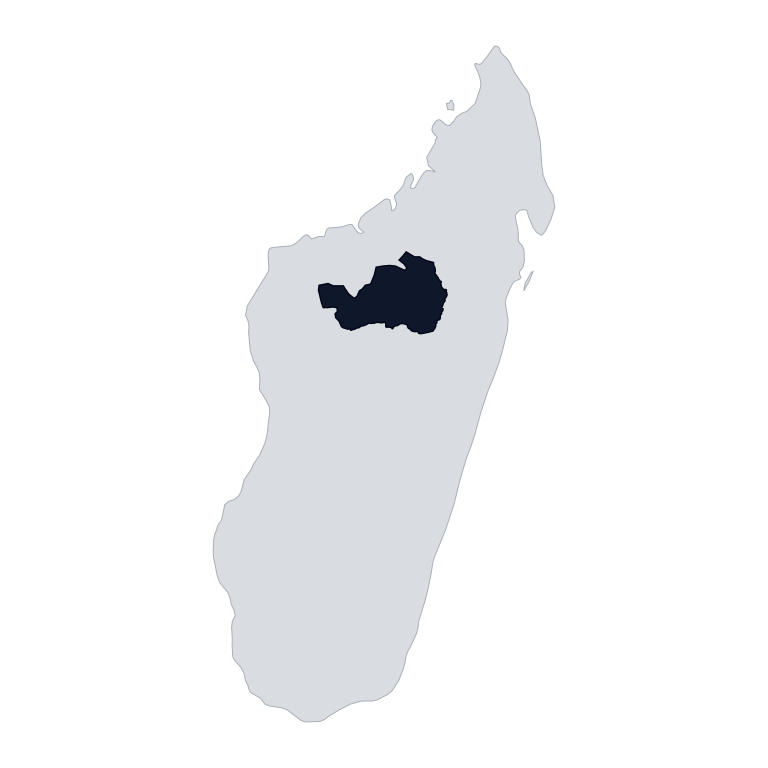 location of Betsiboka within Madagascar
{"feature_id": "MDG-5869", "entity_name": "Betsiboka", "entity_type": "Autonomous Province", "adm_level": 1, "iso_a3": "MDG", "parent_name": "Madagascar", "parent_adm1": "", "projection": "mercator", "projection_center": [47.384, -17.125], "detail": "fine", "context": "in_parent", "style": "filled", "palette": "ink", "viewbox_px": 768, "rotation_deg": 0, "n_neighbors": 0, "source": "natural_earth", "source_scale": "10m", "svg_char_len": 6870}
<svg xmlns="http://www.w3.org/2000/svg" viewBox="0 0 768 768"><path d="M510.2,63.1L512.3,68.2L514.9,73.1L522.8,84.8L526.2,89.4L529.0,94.2L530.4,103.8L535.5,118.7L540.2,141.2L541.7,164.4L543.1,175.0L546.8,185.0L552.9,195.4L554.8,207.0L551.1,219.0L545.8,230.2L544.4,232.3L541.9,235.2L540.7,235.1L536.5,232.2L533.0,227.4L528.5,216.2L526.9,210.6L525.1,209.7L519.9,210.2L516.1,213.7L515.4,215.9L516.2,222.2L517.7,227.9L518.3,233.7L518.4,241.0L519.8,243.2L521.9,245.0L524.0,249.8L524.4,261.2L523.1,266.9L519.4,271.8L519.6,274.6L521.0,277.4L519.7,279.1L514.8,281.2L512.9,283.1L510.2,288.1L506.0,298.4L505.4,303.7L508.1,319.7L507.3,331.0L501.9,352.8L498.7,363.2L494.3,375.6L487.6,391.9L480.8,412.5L475.1,433.7L470.9,446.5L466.1,459.1L459.6,481.5L454.0,504.3L445.7,529.4L434.3,557.5L433.1,561.2L430.7,575.6L428.2,588.1L425.1,600.6L418.7,621.2L418.0,627.5L416.5,633.6L410.4,646.6L407.8,651.4L405.9,656.6L404.9,663.1L403.1,669.4L398.5,681.0L391.8,691.0L387.2,694.6L377.3,699.9L372.3,701.0L361.2,701.1L350.4,704.1L339.1,709.9L328.3,716.6L324.2,719.7L319.6,721.5L305.3,721.9L301.0,720.5L286.7,709.5L281.2,707.7L270.7,706.2L267.5,705.3L264.7,703.9L260.4,698.2L252.0,693.4L250.0,691.9L248.7,688.5L247.8,685.0L245.6,681.0L244.0,673.4L241.3,668.1L233.5,658.7L232.7,655.7L232.1,645.8L232.3,639.1L231.6,626.8L232.5,621.0L235.2,615.8L234.1,610.2L231.2,604.3L230.1,598.2L228.0,592.7L219.8,582.7L217.9,577.8L216.6,572.8L213.5,557.0L213.2,551.5L213.6,539.9L214.8,534.0L216.7,529.8L217.2,526.7L218.5,524.1L220.4,521.9L221.7,519.4L224.8,504.6L228.6,501.4L234.3,499.5L238.9,495.7L241.5,490.5L244.1,479.8L251.3,469.2L253.8,463.6L259.6,455.2L264.8,443.4L266.3,437.9L267.4,432.2L268.7,419.7L269.7,413.5L269.5,407.4L266.6,401.1L259.6,389.7L259.4,387.6L259.9,379.1L259.3,373.0L256.8,366.9L253.5,361.1L250.2,350.4L248.6,332.7L249.0,326.4L248.0,320.7L245.6,315.3L247.3,305.9L268.2,271.8L268.9,267.8L268.1,257.4L268.5,251.4L269.2,249.2L270.8,247.9L274.4,247.3L291.3,245.8L293.5,244.7L297.7,241.9L303.5,236.3L306.1,234.8L308.4,235.3L309.9,237.7L311.8,239.0L318.6,236.5L321.2,236.4L323.9,236.8L325.1,234.5L325.9,231.4L326.9,229.3L328.7,228.0L337.5,227.4L343.1,226.5L350.3,224.3L351.9,224.7L357.7,232.5L359.5,233.2L361.8,233.5L363.7,232.1L359.0,228.0L358.3,225.7L358.5,223.1L361.1,217.5L365.3,213.3L374.8,206.8L384.6,199.4L387.4,198.9L389.8,200.0L391.7,208.8L391.4,210.3L393.0,210.5L394.8,209.4L396.5,205.8L396.5,202.9L395.2,200.1L394.6,197.7L394.5,195.5L399.5,190.3L403.4,185.3L405.2,179.4L406.8,176.7L410.9,173.6L412.1,174.1L413.1,176.6L413.6,179.2L412.6,181.9L411.1,184.5L410.4,187.9L412.8,188.6L415.0,187.7L418.2,181.5L421.8,175.6L424.0,172.5L426.7,170.4L431.3,170.8L435.7,172.1L428.5,165.9L426.7,157.3L435.3,142.6L435.4,139.5L436.6,138.5L437.2,137.4L432.8,132.4L431.9,129.9L432.5,126.2L434.6,122.8L436.6,120.5L439.3,119.6L441.5,120.9L446.3,125.0L449.5,125.6L453.4,121.7L456.6,116.8L461.4,113.4L466.8,111.4L475.1,103.6L480.5,87.5L480.9,82.9L479.7,77.2L477.8,71.8L474.6,65.0L475.4,63.5L480.0,64.4L481.5,63.5L486.4,57.5L494.5,46.1L497.2,46.1L499.5,48.2L500.3,51.4L501.9,53.7L507.4,59.1L510.2,63.1ZM453.6,108.3L453.7,110.1L447.5,109.4L446.5,103.3L449.5,103.1L450.2,100.6L452.0,100.3L454.0,105.7L453.6,108.3ZM529.0,281.7L523.7,290.8L525.2,283.2L531.3,272.3L533.1,271.5L529.0,281.7Z" fill="#d9dde1" stroke="#a8b0b8" stroke-width="1"/><path d="M392.3,328.7L391.7,328.0L391.3,327.6L390.3,327.3L388.9,327.1L386.4,327.1L385.9,326.9L385.7,326.4L385.9,325.4L385.9,324.9L385.8,324.3L385.3,322.7L385.0,322.3L384.6,322.3L384.1,322.3L383.6,322.3L382.8,322.7L382.2,322.8L380.2,322.7L378.5,322.4L377.5,322.3L376.8,322.4L373.9,323.2L370.8,323.4L370.1,323.3L369.4,323.1L368.9,322.9L368.6,323.0L367.9,323.7L367.0,324.2L366.2,324.7L365.8,324.9L364.9,325.1L364.4,325.3L364.0,325.5L363.4,325.8L362.6,325.9L361.2,326.1L360.5,326.3L360.1,326.7L359.9,327.1L359.6,327.4L359.1,327.6L357.8,327.9L356.8,328.1L356.2,328.3L354.7,329.2L354.2,329.4L353.7,329.4L353.1,329.4L352.6,329.6L352.1,329.9L351.2,330.2L350.6,330.2L350.3,329.9L350.2,328.9L350.0,328.5L349.6,328.5L348.6,329.0L347.9,329.1L347.3,329.1L346.8,328.9L346.2,328.6L345.6,328.4L343.8,328.0L343.2,327.8L342.9,327.5L342.4,327.0L342.0,326.8L341.5,326.7L339.2,321.3L335.7,317.6L335.1,313.8L337.5,311.4L336.9,307.6L332.7,307.0L327.4,307.6L323.2,307.6L321.5,302.7L318.5,290.3L319.1,285.3L328.0,283.5L333.3,285.9L343.4,285.9L345.2,289.0L348.7,294.0L354.0,298.3L357.0,296.5L359.4,290.9L362.3,289.0L365.3,285.3L370.6,284.1L374.2,275.4L376.2,267.2L382.5,266.1L389.6,265.5L395.5,266.1L400.8,268.6L405.0,270.5L406.8,268.0L404.4,264.3L399.1,260.0L402.6,256.3L406.2,251.9L410.3,254.4L414.5,256.9L419.8,256.9L422.2,258.7L426.3,260.6L433.5,262.5L433.5,263.5L433.9,265.8L434.0,266.0L434.7,267.3L434.9,267.8L435.0,268.3L435.2,269.6L435.3,271.4L435.2,271.7L435.0,272.1L434.9,272.5L434.8,272.9L435.0,273.4L435.2,274.0L435.5,274.4L436.2,275.0L436.5,275.4L436.6,275.6L436.8,275.8L436.9,276.0L437.1,276.5L437.3,276.9L437.5,277.1L437.9,277.4L438.1,277.6L438.2,277.8L438.3,278.1L438.4,279.0L438.6,279.2L438.8,279.4L439.0,279.6L439.3,279.9L439.5,280.1L439.7,280.6L439.8,280.8L440.0,280.9L440.2,281.1L440.5,281.2L440.9,281.4L441.1,281.5L441.2,281.8L441.2,282.3L440.7,283.9L440.7,284.1L440.9,284.4L441.1,284.7L441.2,285.1L441.3,286.4L441.3,286.6L442.4,288.1L443.0,288.8L443.8,289.4L444.1,289.5L444.4,289.5L444.7,289.6L445.3,289.5L445.9,289.6L446.1,289.7L446.3,290.0L446.4,290.4L446.3,291.3L446.3,291.7L446.4,292.1L446.6,292.4L446.7,292.7L446.7,293.4L446.8,293.8L446.9,294.1L447.0,294.3L447.1,294.6L447.0,295.1L446.8,295.8L445.8,297.6L445.5,298.0L445.1,298.3L445.0,298.6L444.9,298.9L444.9,299.4L445.1,300.2L445.0,300.6L444.8,301.1L444.2,302.0L443.9,302.5L443.4,302.9L443.3,303.2L443.1,303.6L442.7,305.7L442.5,306.1L442.2,306.4L441.6,306.9L441.5,307.2L441.4,307.5L441.5,308.0L441.9,308.4L442.8,308.5L443.0,308.6L443.0,308.9L443.0,309.2L442.9,309.7L442.9,310.3L442.9,310.6L442.6,310.9L442.1,311.3L441.9,311.5L441.7,311.8L441.6,312.5L441.6,313.6L441.5,313.9L441.3,314.1L440.8,314.3L440.6,314.5L440.5,315.3L440.3,317.1L440.1,318.6L440.0,319.0L439.8,319.3L439.2,319.8L438.9,319.9L438.5,320.0L438.3,319.9L438.0,320.0L437.7,320.0L437.4,320.2L437.3,320.3L437.1,320.5L437.0,320.9L436.9,321.5L436.9,322.3L436.9,322.6L436.8,323.0L436.4,323.4L435.9,323.9L435.7,324.2L435.6,324.5L435.6,325.1L435.7,325.5L435.8,326.1L435.6,326.6L434.4,329.0L432.8,331.1L430.2,331.7L428.8,332.2L422.0,333.5L420.2,333.6L419.0,333.5L418.6,333.1L418.0,332.1L417.7,331.7L417.0,331.4L415.4,331.7L413.4,331.4L412.1,331.0L411.4,330.7L411.0,330.2L410.7,329.8L410.4,329.4L410.0,329.1L408.6,328.4L408.3,328.1L408.0,327.7L407.6,326.7L407.5,326.2L407.5,325.8L407.5,325.3L407.1,325.0L406.2,324.5L404.1,323.8L402.9,323.6L401.8,323.6L400.6,323.7L399.9,323.9L399.4,324.2L397.8,325.4L397.3,325.6L395.5,325.8L395.0,326.0L394.5,326.3L393.8,326.9L393.5,327.3L393.0,328.2L392.7,328.6L392.3,328.7Z" fill="#0f172a" stroke="#020617" stroke-width="1.5"/></svg>